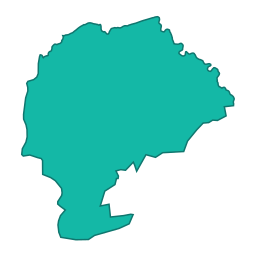 Ararat, Ararat, Armenia, rotated 179°
{"feature_id": "60910142B39713480261045", "entity_name": "Ararat", "entity_type": "district", "adm_level": 2, "iso_a3": "ARM", "parent_name": "Armenia", "parent_adm1": "Ararat", "projection": "albers", "projection_center": [44.799, 39.943], "detail": "fine", "context": "isolated", "style": "filled", "palette": "teal", "viewbox_px": 256, "rotation_deg": 179, "n_neighbors": 0, "source": "geoboundaries", "source_scale": "gbopen_adm2", "svg_char_len": 4799}
<svg xmlns="http://www.w3.org/2000/svg" viewBox="0 0 256 256"><g transform="rotate(179 128 128)"><path d="M128.5,32.2L124.4,41.3L126.8,41.7L133.9,40.5L147.1,39.3L148.3,52.1L157.1,50.5L152.3,65.3L142.0,71.7L140.4,77.7L138.8,77.7L138.4,80.1L140.8,85.3L136.0,86.5L131.2,85.8L123.3,93.8L122.1,91.0L120.1,84.6L110.5,101.0L101.0,98.2L93.8,102.7L72.7,103.5L68.7,113.9L59.2,125.1L52.8,131.6L47.2,132.0L43.2,134.4L38.4,134.0L29.7,138.4L31.3,147.6L22.1,148.5L22.1,149.2L21.9,150.2L22.2,151.3L22.2,151.9L22.1,153.0L21.9,153.5L21.6,154.2L21.3,155.2L21.5,156.0L21.9,157.0L22.5,157.9L23.1,158.3L23.7,159.0L24.8,159.5L25.4,160.2L25.7,161.0L26.1,162.2L26.6,163.0L27.2,163.5L28.1,163.9L28.7,164.1L29.2,164.3L29.5,164.9L29.7,165.6L30.1,166.2L30.7,166.9L31.5,167.0L32.2,166.9L32.9,166.5L33.0,166.4L33.5,166.3L34.1,166.7L34.7,167.0L35.4,167.5L36.1,167.7L36.6,168.4L37.0,169.3L37.2,170.3L37.2,170.6L37.2,171.3L37.5,172.1L38.1,173.1L37.9,174.0L38.1,175.6L38.1,176.6L37.4,177.7L36.4,178.9L35.8,180.1L35.6,180.9L35.8,181.5L36.3,182.2L36.8,182.9L37.0,183.4L37.1,184.3L37.3,184.8L37.7,185.3L38.5,185.8L39.6,186.5L40.5,186.8L41.3,186.7L41.8,186.1L42.1,185.8L42.5,185.6L43.1,184.6L43.8,183.9L44.4,183.2L45.4,183.3L46.4,183.7L47.0,184.2L47.1,184.3L47.5,185.1L47.5,186.2L47.1,186.9L46.7,187.8L45.6,188.3L44.6,188.7L44.1,189.2L44.2,190.2L44.9,190.6L45.7,190.9L47.2,190.7L47.8,190.5L48.2,190.5L49.1,190.4L50.0,190.6L50.7,191.1L51.0,191.8L51.5,192.6L51.7,193.1L51.8,193.3L52.2,194.1L53.2,194.4L54.0,195.0L55.0,195.2L55.5,195.4L56.1,195.5L56.3,195.7L57.0,196.2L58.1,197.0L58.7,197.9L59.2,199.1L59.6,200.0L60.2,200.7L60.5,201.3L61.2,201.7L62.0,201.8L63.0,201.6L63.7,201.4L64.2,201.1L64.5,201.0L65.3,200.8L66.3,201.2L66.7,201.7L67.6,202.6L68.3,203.3L68.9,203.2L69.1,202.9L69.2,201.9L69.4,201.0L69.4,200.3L69.9,199.6L71.0,199.1L71.6,199.0L72.6,199.2L73.4,199.7L74.0,200.2L74.5,200.6L74.8,200.8L75.7,201.6L75.8,202.1L75.5,203.1L74.7,203.8L73.8,204.3L72.7,204.8L72.1,205.4L71.9,207.0L71.7,207.8L71.5,208.9L71.5,209.7L71.9,210.5L72.4,211.0L73.0,211.5L73.3,211.7L73.9,211.7L74.8,211.5L75.4,211.1L76.1,211.0L76.6,210.9L77.9,211.0L79.1,211.1L80.5,211.5L80.6,212.0L81.0,212.9L81.2,213.9L81.6,214.6L81.9,215.3L82.1,216.4L82.2,217.6L82.7,219.3L82.9,220.0L83.2,220.9L83.5,221.4L83.8,222.4L84.2,222.9L84.5,223.6L84.7,224.3L84.9,225.3L85.7,225.7L86.5,226.0L87.2,226.1L88.1,225.8L88.9,225.2L89.2,224.7L89.3,224.6L89.9,223.8L90.4,223.5L91.2,223.6L92.3,224.0L93.2,224.4L93.5,225.0L93.5,226.1L93.4,227.2L93.3,227.4L93.1,228.2L92.9,229.4L93.1,230.1L93.4,230.8L93.9,231.2L94.5,231.6L95.1,232.2L95.3,232.8L95.3,233.4L95.0,234.4L94.6,235.5L94.6,236.3L94.8,237.6L95.3,238.1L96.0,238.6L96.7,238.8L97.9,238.6L98.9,238.5L99.5,238.3L100.2,238.0L101.9,237.7L105.0,236.8L108.6,235.8L110.5,235.3L112.8,234.6L118.3,232.7L122.8,231.6L123.3,231.4L124.1,231.2L125.2,230.8L125.7,230.7L126.4,230.2L127.2,230.1L127.7,230.2L128.7,230.3L129.9,230.2L130.3,230.0L131.3,229.6L132.6,228.8L133.7,228.3L134.7,228.2L135.7,228.5L136.9,228.6L137.6,228.3L138.3,228.3L139.4,228.6L140.6,228.3L141.9,228.0L142.9,227.7L143.4,227.1L144.1,225.9L144.9,224.7L145.2,223.7L145.7,222.8L146.2,222.3L147.0,222.3L147.6,222.5L148.1,223.1L148.8,223.8L149.4,224.6L149.8,224.7L150.9,224.5L151.6,225.0L152.6,225.6L153.0,226.6L153.2,227.6L153.2,228.7L153.2,229.7L153.3,230.7L153.6,231.6L153.8,231.9L154.4,231.9L155.0,231.4L155.8,231.5L156.4,232.0L156.9,232.1L157.7,232.1L158.3,232.5L159.4,232.5L160.1,232.8L161.0,232.9L161.6,233.2L162.9,233.6L163.9,233.8L164.9,233.8L166.1,233.6L167.5,232.9L168.4,232.4L169.4,232.0L170.3,232.1L171.2,231.6L172.5,230.9L173.7,230.3L174.9,229.5L175.9,228.8L176.9,228.0L178.1,227.0L179.8,225.8L181.6,224.3L184.0,223.4L185.3,222.6L186.9,222.2L188.2,222.1L189.1,222.0L189.7,221.5L190.3,221.4L191.6,221.5L191.1,220.2L191.3,219.4L191.6,218.0L192.6,216.8L192.8,216.2L192.7,215.4L193.2,214.8L194.2,213.8L195.1,213.6L196.0,213.3L197.0,213.0L197.6,212.6L198.3,212.9L199.2,213.1L200.1,213.0L201.0,212.2L202.0,211.2L202.6,210.3L202.6,209.6L202.6,208.8L203.0,207.8L203.1,207.0L204.0,206.0L205.0,205.8L205.9,205.0L206.3,204.2L206.5,203.3L206.4,202.3L207.0,201.7L207.7,201.7L208.7,201.4L209.6,201.1L211.0,200.4L211.5,199.8L212.1,200.7L212.4,201.6L213.0,202.3L213.9,202.6L214.5,202.7L215.2,200.9L216.5,194.0L216.8,184.0L218.3,180.5L221.5,178.0L227.2,176.4L228.5,174.4L227.5,170.2L227.5,166.7L229.8,159.9L232.2,143.3L232.2,138.7L229.9,133.0L229.0,128.1L229.0,121.0L229.0,120.8L230.3,115.6L234.0,109.1L234.7,103.4L234.1,102.7L233.2,101.8L226.6,102.7L219.0,100.0L215.3,99.0L214.0,97.0L214.1,87.5L214.1,83.1L206.2,79.8L201.6,76.6L195.5,68.8L195.0,64.2L195.5,61.7L199.5,55.6L199.6,53.2L197.2,51.0L192.1,47.1L197.0,41.6L199.0,36.5L199.7,32.3L199.0,25.0L197.1,19.9L182.1,17.2L169.5,17.2L163.3,21.2L138.9,27.7L136.0,28.9L128.5,32.2Z" fill="#14b8a6" stroke="#0f766e" stroke-width="1.5"/></g></svg>